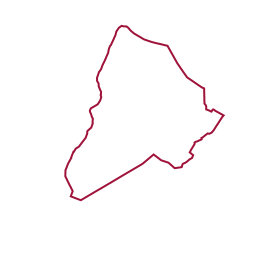 the district of Zabid, Al Hudaydah, Yemen, rotated 308°
{"feature_id": "15242507B385493666548", "entity_name": "Zabid", "entity_type": "district", "adm_level": 2, "iso_a3": "YEM", "parent_name": "Yemen", "parent_adm1": "Al Hudaydah", "projection": "equal_earth", "projection_center": [43.361, 14.273], "detail": "fine", "context": "isolated", "style": "outline", "palette": "rose", "viewbox_px": 256, "rotation_deg": 308, "n_neighbors": 0, "source": "geoboundaries", "source_scale": "gbopen_adm2", "svg_char_len": 2695}
<svg xmlns="http://www.w3.org/2000/svg" viewBox="0 0 256 256"><g transform="rotate(308 128 128)"><path d="M38.9,125.0L41.2,132.5L42.1,135.3L58.4,141.7L66.4,144.9L77.1,149.1L86.4,152.7L88.5,153.5L90.1,154.2L90.7,154.4L101.1,158.5L106.9,160.8L108.8,161.5L115.3,162.9L117.2,163.3L122.9,164.5L123.0,171.5L123.0,174.0L125.6,181.3L125.1,189.5L126.6,191.0L127.3,191.6L128.8,193.1L129.6,193.8L130.2,194.4L133.0,193.3L134.1,193.5L135.7,194.5L137.9,195.2L139.5,195.5L141.5,195.9L143.6,196.9L145.3,196.5L146.7,196.1L146.8,191.7L149.7,191.1L154.2,190.6L156.5,190.3L157.5,189.4L158.6,189.7L159.8,190.6L160.0,190.7L162.3,191.9L163.5,192.6L164.4,193.0L165.3,192.0L166.2,192.5L169.5,193.3L172.7,194.1L173.5,195.6L175.6,196.7L178.6,196.9L178.9,196.9L182.0,196.6L184.0,196.4L189.0,196.0L189.8,195.9L191.3,195.8L194.8,195.5L196.6,195.6L196.8,195.6L195.5,187.4L195.3,186.3L195.3,185.1L195.3,184.0L194.6,183.4L192.3,183.7L192.1,183.2L191.9,182.1L191.5,180.2L191.3,179.8L190.8,178.2L193.2,176.3L194.0,174.8L194.3,173.2L196.1,171.8L196.9,171.0L197.6,170.5L197.8,170.4L200.3,168.3L206.1,163.6L205.5,161.6L205.2,157.8L205.0,154.8L205.0,154.4L204.9,153.1L204.9,152.7L204.3,143.4L204.5,142.6L204.8,141.8L204.9,141.4L206.4,136.4L206.8,135.2L207.3,133.5L208.0,131.4L208.1,131.1L208.6,129.5L209.3,127.2L217.1,108.5L216.1,106.4L215.4,104.9L215.2,104.3L215.0,103.9L214.2,102.1L212.7,99.0L212.6,98.8L210.4,93.8L208.0,87.0L207.9,86.7L207.8,86.4L207.7,86.1L207.2,82.4L207.2,82.1L206.3,75.3L206.2,75.0L206.3,72.1L206.3,71.5L206.3,71.2L206.3,70.8L206.8,67.9L207.1,66.8L207.1,66.2L207.1,65.5L207.1,64.3L207.1,64.2L205.5,62.2L205.4,62.0L204.6,60.1L201.4,59.1L198.9,59.3L196.9,59.4L193.3,61.0L192.3,61.2L190.6,61.6L190.4,61.7L188.3,62.2L186.6,62.6L185.1,62.9L182.8,63.5L181.4,63.4L178.4,64.3L175.7,65.7L175.0,66.1L170.1,67.3L169.9,67.4L169.7,67.5L167.8,67.9L167.5,68.0L166.0,68.4L163.9,68.8L161.6,69.3L159.3,70.1L157.6,70.6L156.1,70.7L154.0,70.7L153.9,70.8L152.6,71.3L148.5,72.7L148.3,72.8L147.4,73.6L146.1,74.6L145.1,77.2L144.2,78.1L143.4,78.8L142.8,79.2L139.8,84.6L139.7,84.7L138.3,85.6L137.3,86.3L137.1,86.2L135.9,87.9L132.7,89.1L128.8,89.5L128.0,89.5L126.6,89.0L124.0,88.0L122.0,87.2L121.3,86.8L119.7,86.8L118.3,87.2L117.5,87.9L115.7,91.1L114.5,92.7L113.7,94.6L110.4,96.7L110.1,97.3L109.1,97.7L108.6,97.8L106.0,98.7L105.7,98.8L104.6,98.6L101.4,98.0L100.5,97.9L100.1,98.1L98.5,99.3L98.0,99.5L97.8,99.5L94.4,100.6L94.1,100.7L91.3,100.7L91.1,100.7L88.8,100.7L83.1,100.8L81.1,100.1L80.6,99.9L79.4,99.5L79.0,99.6L76.0,100.0L75.8,99.6L73.4,100.3L72.0,100.7L69.7,101.4L69.5,101.7L63.1,102.7L58.8,104.0L56.3,104.7L51.4,108.3L47.2,116.8L46.7,118.0L44.2,123.3L42.0,124.0L38.9,125.0Z" fill="none" stroke="#9f1239" stroke-width="2"/></g></svg>